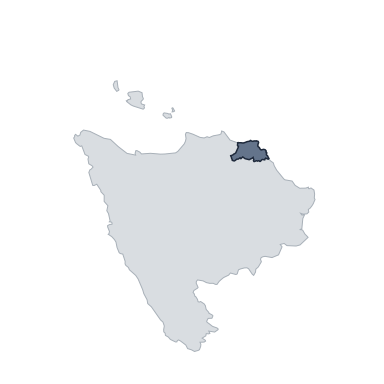 location of Almería within Spain, rotated 236°
{"feature_id": "ESP-5804", "entity_name": "Almería", "entity_type": "Autonomous Community", "adm_level": 1, "iso_a3": "ESP", "parent_name": "Spain", "parent_adm1": "", "projection": "equal_earth", "projection_center": [-2.331, 37.298], "detail": "fine", "context": "in_parent", "style": "filled", "palette": "slate", "viewbox_px": 384, "rotation_deg": 236, "n_neighbors": 0, "source": "natural_earth", "source_scale": "10m", "svg_char_len": 5634}
<svg xmlns="http://www.w3.org/2000/svg" viewBox="0 0 384 384"><g transform="rotate(236 192 192)"><path d="M203.8,98.9L203.8,99.8L205.4,101.5L210.1,102.5L211.3,103.2L211.1,105.6L210.0,107.6L211.0,108.4L212.1,108.4L213.5,106.8L213.8,107.9L216.0,108.8L220.8,110.7L224.1,110.9L227.7,114.6L233.3,113.9L238.4,117.4L243.2,116.6L244.3,117.3L251.7,117.4L252.1,114.5L253.0,113.4L265.9,117.4L267.5,119.8L267.3,121.0L268.0,123.9L269.7,123.8L273.1,122.2L277.5,124.2L278.7,125.9L279.6,126.1L282.9,124.3L291.9,126.4L292.2,125.0L292.8,124.6L296.5,123.4L298.1,123.1L302.9,124.1L303.5,125.7L304.5,126.3L304.9,127.7L302.1,128.6L301.9,131.0L303.7,133.1L304.0,136.7L299.3,141.3L285.7,149.1L281.2,153.8L271.0,156.2L260.4,159.7L254.1,165.9L255.8,166.4L257.7,168.6L257.1,169.5L254.3,171.0L251.8,171.4L247.3,179.2L240.9,187.2L238.6,190.9L233.6,200.3L233.6,203.0L236.2,212.4L237.7,214.9L239.7,217.0L243.5,218.8L244.5,220.5L243.2,222.2L239.4,225.1L232.8,229.2L230.0,232.3L229.4,235.4L227.5,236.8L226.7,241.0L224.1,247.0L224.0,248.6L226.0,250.7L224.0,252.1L213.7,252.6L207.3,257.3L204.1,261.5L201.2,269.2L197.7,273.8L196.2,274.7L193.7,272.6L190.7,272.3L187.8,273.0L186.3,274.6L183.9,275.5L181.5,274.7L176.5,274.3L174.2,274.4L170.7,275.7L167.7,274.8L162.6,274.4L151.5,275.4L150.1,275.9L145.1,281.1L139.8,281.2L134.9,283.4L131.6,288.5L130.9,291.2L130.0,290.6L129.2,290.8L128.8,292.9L125.4,294.2L121.7,292.5L118.6,290.0L117.0,289.8L114.4,285.8L113.3,283.3L112.5,280.6L112.5,278.7L110.1,277.6L109.6,275.1L111.4,271.9L113.7,270.1L111.5,270.2L110.0,272.3L108.0,269.0L100.1,262.5L100.6,260.2L99.2,262.0L98.3,262.4L94.2,262.1L89.5,262.9L87.7,252.0L89.0,248.1L94.5,240.7L97.8,239.6L99.2,235.8L96.2,236.0L91.5,228.6L92.9,221.7L97.8,216.6L98.7,214.5L98.9,212.6L98.0,211.2L95.4,210.5L92.8,205.1L92.3,201.7L90.1,199.9L88.4,196.5L90.1,196.0L96.8,196.0L98.5,195.1L99.8,192.9L101.1,189.2L101.5,187.0L98.9,183.8L98.8,183.1L99.2,182.1L103.4,178.5L102.6,175.9L103.4,170.4L103.1,167.1L102.7,164.5L101.4,161.0L102.4,159.7L104.5,158.5L106.3,155.7L108.8,153.3L112.1,151.5L116.0,147.4L115.4,145.6L114.1,144.5L109.5,143.7L109.2,142.9L109.3,138.5L108.1,136.7L106.4,136.9L103.9,136.1L103.2,136.6L99.9,136.5L97.7,135.7L96.7,136.4L96.4,137.9L92.5,139.5L90.3,139.5L86.8,138.1L82.7,138.6L82.2,138.2L78.7,140.0L77.6,140.1L76.2,137.9L78.2,134.7L76.6,131.8L75.6,131.7L69.1,133.9L65.3,136.7L63.8,137.1L63.3,136.6L63.2,132.5L67.3,128.1L64.8,127.8L65.0,126.6L66.6,124.6L65.0,123.0L65.2,118.7L61.7,120.1L60.8,119.9L60.8,118.1L63.0,114.6L60.8,114.2L59.2,112.9L57.1,110.0L57.2,108.5L58.4,104.9L61.5,103.3L64.6,100.8L68.6,101.3L74.8,99.2L76.9,98.1L76.9,96.6L76.2,95.6L76.9,94.5L81.9,91.6L84.9,91.3L88.0,89.8L90.0,90.8L91.8,90.4L93.8,91.6L96.4,94.1L100.4,95.2L103.5,94.4L119.6,94.1L124.2,92.9L127.8,94.5L134.6,95.2L138.7,96.5L150.1,98.7L154.3,98.7L162.6,96.6L164.9,97.1L168.2,96.1L169.8,96.3L171.9,97.8L179.2,99.9L181.1,98.1L182.5,97.7L187.8,98.8L193.1,101.0L195.9,101.1L199.9,100.5L203.8,98.9ZM303.4,193.1L305.4,194.0L307.4,193.2L308.5,193.5L309.6,193.9L309.9,195.6L305.7,203.8L302.3,206.1L298.8,204.3L296.7,203.9L296.1,203.2L295.6,200.5L294.6,199.7L293.3,199.3L290.6,201.4L289.8,200.0L288.5,199.7L288.0,198.9L288.0,197.8L296.1,191.4L298.5,190.0L303.6,188.4L304.4,188.6L303.7,189.6L304.4,190.5L303.4,193.1ZM326.9,189.8L326.1,192.1L319.9,189.0L317.8,188.7L317.3,188.2L317.5,185.9L321.6,185.6L325.0,186.7L326.9,189.8ZM269.6,216.3L268.9,217.9L265.8,217.3L265.1,216.7L265.8,214.8L266.7,214.6L266.7,213.3L267.6,211.9L271.9,210.9L272.9,211.8L273.2,213.1L270.6,215.9L269.6,216.3ZM272.8,222.8L272.3,223.2L268.9,222.9L268.8,221.8L269.5,220.3L270.8,221.8L272.7,222.1L272.8,222.8Z" fill="#d9dde1" stroke="#a8b0b8" stroke-width="1"/><path d="M207.3,257.5L207.2,257.8L207.1,258.0L206.7,258.0L206.4,258.7L206.1,259.2L205.5,260.1L204.3,261.4L203.8,262.2L203.5,263.3L203.3,264.2L203.1,264.9L203.0,265.7L202.3,267.3L201.9,268.1L201.9,268.4L202.0,268.7L202.0,268.9L202.1,269.1L202.0,269.4L201.9,269.5L201.3,269.6L201.2,269.7L200.9,269.9L200.2,270.5L199.9,270.8L199.7,271.9L199.5,272.3L199.2,272.5L198.8,272.9L198.8,273.1L198.7,273.6L198.5,273.8L198.4,274.0L198.1,274.0L197.9,274.1L197.7,274.6L197.4,274.9L197.0,275.1L196.6,275.1L195.8,274.9L195.3,274.3L194.8,273.5L194.2,272.9L193.5,272.4L193.1,272.2L192.6,272.2L192.2,272.3L191.5,272.6L191.1,272.7L190.9,272.7L190.4,272.4L190.1,272.4L188.5,272.7L188.2,272.9L187.8,273.9L187.4,275.1L186.8,275.7L186.7,275.8L186.5,276.0L186.0,276.3L185.3,276.4L184.9,276.2L184.5,276.4L184.0,276.0L183.6,275.7L183.2,275.5L182.8,275.8L182.6,275.9L182.4,275.7L181.8,274.9L181.3,274.5L180.9,274.5L179.8,274.9L177.9,274.5L176.9,274.6L176.6,273.5L178.9,272.0L178.6,271.0L178.5,270.8L178.2,270.6L178.0,270.4L178.1,270.1L179.6,268.6L179.7,268.1L179.7,267.8L179.4,266.8L179.2,265.9L179.3,265.5L179.6,265.2L180.3,265.1L180.5,265.0L180.7,264.7L180.9,263.9L181.0,263.5L181.2,263.4L181.7,263.2L181.9,262.9L182.4,260.7L182.5,260.5L182.7,260.4L182.9,260.4L183.6,260.5L183.8,260.6L184.3,261.3L184.5,261.5L185.5,261.6L186.5,262.0L186.4,260.1L186.4,259.9L186.6,259.5L186.7,259.3L186.7,257.8L186.9,257.4L190.0,254.6L192.7,253.7L192.3,251.2L193.5,251.0L193.4,248.9L193.6,248.5L194.1,247.6L194.2,247.2L194.0,245.6L194.1,244.5L194.3,244.2L195.7,243.1L196.5,243.6L197.4,243.5L197.7,243.6L198.4,244.0L200.3,244.3L200.5,244.4L200.4,244.6L200.2,244.9L200.1,245.1L200.1,245.3L200.1,245.8L199.9,246.3L199.9,246.5L200.0,247.5L200.1,247.9L200.0,248.3L199.9,248.6L199.9,248.8L199.9,249.2L199.9,249.4L199.9,249.9L200.0,250.1L200.0,250.3L200.2,250.5L203.3,255.5L203.5,255.7L203.7,255.8L203.8,255.9L203.9,256.0L204.0,255.8L204.0,255.7L205.3,255.8L207.3,257.5Z" fill="#64748b" stroke="#1e293b" stroke-width="1.5"/></g></svg>